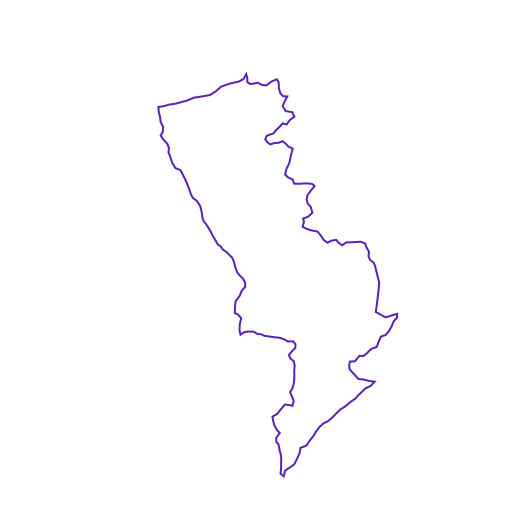 outline of Teolândia, Bahia, Brazil, rotated 42°
{"feature_id": "56859067B17298582971719", "entity_name": "Teolândia", "entity_type": "district", "adm_level": 2, "iso_a3": "BRA", "parent_name": "Brazil", "parent_adm1": "Bahia", "projection": "equal_earth", "projection_center": [-39.49, -13.568], "detail": "fine", "context": "isolated", "style": "outline", "palette": "violet", "viewbox_px": 512, "rotation_deg": 42, "n_neighbors": 0, "source": "geoboundaries", "source_scale": "gbopen_adm2", "svg_char_len": 3133}
<svg xmlns="http://www.w3.org/2000/svg" viewBox="0 0 512 512"><g transform="rotate(42 256 256)"><path d="M127.1,127.4L128.3,132.9L126.5,137.9L123.5,142.0L120.9,145.9L116.8,153.5L115.9,160.6L114.1,167.1L110.7,171.5L107.3,175.8L103.8,180.0L100.9,186.5L97.7,191.3L94.4,196.5L90.1,201.7L87.1,206.5L83.7,210.6L87.6,214.2L92.0,217.1L95.5,220.3L100.6,222.1L103.6,226.1L104.6,230.3L109.9,231.5L114.8,231.9L118.9,233.9L121.7,237.6L126.4,239.9L129.3,241.7L132.2,243.1L137.4,244.6L142.1,242.8L146.5,244.2L151.3,246.1L157.1,248.7L161.6,251.0L166.3,253.7L170.2,255.1L175.0,254.6L181.1,256.2L186.5,259.9L190.1,263.0L193.7,265.1L197.8,265.8L203.5,267.4L207.3,268.7L210.4,270.0L213.7,270.9L220.1,273.0L223.5,272.5L227.1,273.4L231.4,272.8L235.9,273.1L239.2,273.1L243.2,275.0L248.5,278.4L253.7,281.0L257.4,281.4L261.5,281.5L265.7,283.0L268.7,286.4L268.6,290.9L270.6,296.9L271.1,303.2L274.0,307.3L278.4,312.5L281.9,311.6L286.6,312.1L289.7,317.7L293.4,322.2L297.1,324.8L298.1,320.7L301.0,317.1L304.9,313.8L309.2,313.0L312.2,310.7L315.8,309.6L320.2,306.6L324.4,303.8L327.4,301.5L331.9,299.3L336.8,298.2L340.7,294.6L344.3,295.1L346.7,298.0L346.5,302.3L346.7,307.6L350.4,309.2L354.5,308.9L357.9,311.4L360.9,315.4L364.1,318.7L367.7,323.0L370.0,326.6L371.7,330.2L372.4,334.5L375.4,335.7L381.0,338.4L383.3,343.0L380.1,344.7L376.9,347.0L377.0,351.8L377.4,359.3L375.7,364.3L379.3,367.3L383.5,369.8L388.4,371.4L392.1,371.6L392.7,377.6L395.4,380.5L398.5,380.8L401.4,382.9L404.1,385.0L406.9,386.7L409.7,389.0L413.3,393.1L416.4,396.6L419.8,401.3L424.0,401.1L421.3,395.9L422.5,391.3L423.8,385.2L422.2,379.3L420.2,373.1L417.4,368.9L420.3,363.2L419.4,356.3L419.1,350.9L418.1,346.8L417.6,340.2L418.1,335.3L420.0,330.7L420.8,324.7L421.0,318.7L421.4,313.4L423.0,308.0L424.0,300.7L425.2,296.0L425.2,290.7L425.6,286.0L425.9,281.2L428.1,276.0L428.3,270.0L424.0,273.0L418.7,275.7L414.5,278.9L401.6,277.6L398.5,275.1L396.5,271.5L399.9,268.2L399.7,261.0L402.8,258.3L403.5,253.5L403.8,248.0L406.5,242.8L404.3,237.1L402.8,232.3L405.1,228.1L405.1,223.2L403.9,217.6L402.0,212.4L402.1,207.4L399.5,204.6L396.5,209.6L393.4,214.9L382.5,217.4L372.9,203.5L368.0,196.7L365.3,193.3L350.9,183.6L347.7,182.2L343.2,182.6L339.9,181.0L336.9,177.1L332.7,175.8L328.7,173.6L324.0,175.5L320.3,179.4L317.1,182.6L314.0,185.4L312.8,190.4L309.1,190.8L304.7,190.4L301.7,194.2L300.3,198.3L295.6,198.8L290.5,197.4L285.4,196.7L280.0,199.9L275.7,201.9L271.1,203.1L268.8,198.5L266.0,196.7L268.4,191.9L269.0,186.2L263.8,182.9L259.5,182.4L255.9,180.3L253.6,176.2L253.0,171.0L252.8,164.9L249.4,164.9L245.9,167.4L242.7,170.4L239.6,173.6L235.7,176.8L232.1,174.6L227.2,176.1L223.1,176.0L220.3,170.8L218.6,164.7L214.9,158.3L211.5,151.7L206.8,153.0L202.6,152.6L198.8,153.0L197.0,156.9L194.3,159.4L191.9,163.6L188.4,163.8L185.0,163.3L183.5,159.5L187.0,153.1L186.7,149.0L187.1,143.8L187.1,139.5L190.7,137.8L190.2,132.2L191.3,126.8L186.7,124.9L181.1,128.4L175.5,126.8L173.7,121.3L172.5,116.5L169.1,119.2L165.1,118.8L160.5,115.8L156.7,111.8L153.2,110.7L150.7,116.1L149.6,122.2L146.0,124.9L141.5,125.9L139.1,129.2L136.4,132.2L133.2,132.6L130.8,129.9L127.1,127.4Z" fill="none" stroke="#5b21b6" stroke-width="2"/></g></svg>